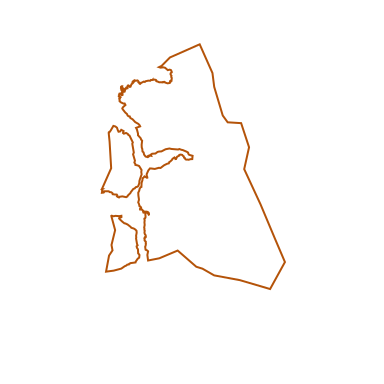 Kvalsund nor, Finnmark, Norway (orthographic projection), rotated 311°
{"feature_id": "86288312B73614960684794", "entity_name": "Kvalsund nor", "entity_type": "district", "adm_level": 2, "iso_a3": "NOR", "parent_name": "Norway", "parent_adm1": "Finnmark", "projection": "orthographic", "projection_center": [24.169, 70.397], "detail": "fine", "context": "isolated", "style": "outline", "palette": "amber", "viewbox_px": 384, "rotation_deg": 311, "n_neighbors": 0, "source": "geoboundaries", "source_scale": "gbopen_adm2", "svg_char_len": 5879}
<svg xmlns="http://www.w3.org/2000/svg" viewBox="0 0 384 384"><g transform="rotate(311 192 192)"><path d="M264.6,85.2L265.2,86.7L267.3,88.6L268.1,90.2L268.1,93.8L269.6,94.8L270.2,96.0L269.9,96.6L269.7,97.5L269.0,98.2L268.6,98.0L267.5,98.0L266.6,98.8L266.3,100.2L265.2,100.8L265.0,101.6L264.1,102.5L262.4,103.4L262.0,103.2L262.0,103.5L261.6,103.4L261.2,103.0L261.9,102.8L261.6,102.7L261.1,102.9L261.6,103.5L259.7,103.7L258.0,102.3L257.2,100.4L257.1,99.8L257.1,99.1L256.4,98.9L256.4,98.7L256.4,98.3L255.7,97.7L255.1,97.6L254.9,97.1L253.3,95.3L252.8,93.6L252.3,92.6L252.3,92.1L252.8,91.8L252.9,91.2L252.2,89.9L250.8,88.8L250.9,88.7L250.2,88.7L250.3,88.7L250.2,88.3L249.6,87.5L248.6,87.5L247.3,85.9L245.1,84.3L244.1,84.2L243.7,83.2L241.1,82.1L239.5,81.9L239.4,81.4L240.0,80.6L239.6,80.3L239.6,79.5L240.3,79.0L240.5,78.1L240.4,77.6L239.2,76.7L238.6,75.3L238.4,75.2L236.4,74.8L236.2,74.9L236.8,75.0L236.3,75.3L236.6,75.7L235.9,75.6L235.5,75.7L235.6,75.9L235.0,75.9L233.6,75.6L231.1,76.5L230.5,76.1L230.5,75.8L230.8,75.1L230.8,74.3L230.7,74.0L230.2,73.7L229.8,73.8L229.2,74.6L228.3,74.6L227.9,75.2L227.5,74.9L227.4,74.6L227.5,74.0L226.5,74.2L226.5,73.9L226.3,73.9L226.0,74.2L225.4,73.5L225.1,74.3L224.5,74.9L223.5,75.3L223.0,74.9L223.8,72.9L223.9,72.2L225.1,71.0L225.4,70.3L225.4,70.2L225.6,70.2L225.8,69.7L224.9,69.4L224.5,69.7L225.2,70.1L223.9,70.5L223.4,70.8L222.7,71.7L222.9,72.0L222.7,72.3L222.8,72.3L223.3,72.4L222.6,72.7L222.9,72.7L222.5,73.5L222.5,73.2L222.3,73.2L221.5,73.7L221.1,74.1L220.9,74.8L219.7,75.9L219.4,75.8L219.0,75.3L219.2,74.8L219.3,74.4L219.8,73.8L218.9,73.8L218.7,73.5L218.9,72.9L218.6,72.7L218.2,73.0L218.5,73.3L217.9,73.2L217.9,73.4L217.1,73.7L216.3,73.8L216.2,73.9L216.3,74.2L216.1,74.6L216.5,75.0L216.1,75.3L216.5,75.5L216.6,75.9L215.2,75.9L215.3,76.2L214.1,76.6L213.8,77.3L213.1,77.6L213.0,78.0L213.0,79.5L213.8,82.4L214.6,83.1L214.0,84.7L211.0,84.3L209.4,84.5L209.0,85.3L208.2,89.5L208.2,91.8L207.5,93.2L207.5,94.4L208.2,95.4L207.4,97.0L207.9,99.4L207.5,103.3L208.2,106.8L208.0,108.7L207.5,109.8L203.7,107.7L203.0,109.5L200.6,113.0L199.4,114.0L198.9,118.0L198.2,119.2L198.0,120.7L194.6,123.0L192.6,124.9L191.9,126.2L190.1,128.1L190.1,129.5L188.8,131.3L188.3,133.7L189.3,135.8L191.0,136.2L191.0,135.5L191.7,135.9L192.6,137.5L193.2,136.4L194.7,136.8L197.1,139.2L199.6,139.7L200.8,140.5L202.6,142.3L206.9,144.0L210.0,146.4L211.1,148.4L215.0,153.7L216.1,154.2L216.9,156.3L217.6,157.5L218.9,161.5L219.2,163.2L218.5,164.0L218.2,165.5L219.7,168.7L217.0,170.6L215.9,169.4L214.1,168.3L213.8,167.7L213.6,167.5L212.6,166.3L212.4,165.6L213.0,164.1L212.7,163.5L212.9,163.2L213.5,162.3L213.3,161.5L213.6,160.3L212.8,158.9L211.7,158.1L211.1,158.5L208.9,157.6L206.4,158.3L206.0,157.9L206.4,157.3L206.4,156.5L207.4,156.3L204.2,155.5L203.4,155.8L200.7,155.6L199.7,155.2L198.4,155.7L197.0,154.7L193.9,153.4L189.5,152.5L188.5,151.1L185.0,148.8L183.0,145.8L182.2,144.8L179.6,144.9L175.7,146.1L174.6,147.2L173.6,149.0L173.8,148.0L173.5,147.7L173.7,148.2L173.4,148.8L173.2,148.7L173.1,147.8L173.1,147.4L172.9,147.3L172.6,145.9L171.1,146.0L170.0,145.7L168.3,146.9L165.9,147.9L162.6,150.5L161.9,150.1L160.2,150.3L158.4,151.3L156.2,151.9L154.1,153.9L151.8,156.6L151.1,157.2L148.9,158.2L148.1,160.0L146.8,161.7L146.8,161.9L147.1,162.3L147.1,163.0L146.7,164.0L146.1,164.3L145.6,163.8L145.2,163.8L144.9,164.0L144.8,164.3L145.4,164.4L145.4,165.0L145.6,165.5L145.8,165.4L146.0,166.0L145.8,166.8L145.8,167.4L145.1,167.9L144.6,168.9L144.8,169.1L145.9,168.6L146.4,169.6L147.1,170.2L147.9,171.6L147.9,172.0L147.9,172.7L147.7,173.4L146.8,174.3L146.5,174.2L146.9,173.1L146.9,171.7L146.6,171.1L145.8,170.7L144.9,171.1L142.6,173.4L141.6,173.8L140.7,173.5L140.3,173.8L140.2,174.1L139.4,175.0L137.9,176.0L136.1,177.9L133.7,179.3L133.4,179.9L132.1,181.0L131.9,181.6L130.0,182.9L129.2,184.2L129.2,184.8L128.5,186.0L127.7,186.7L127.2,186.7L127.0,186.1L126.7,186.1L125.7,186.5L125.4,187.1L124.5,187.8L124.2,188.4L124.3,188.9L124.2,189.7L124.1,189.9L123.0,190.6L122.8,191.1L121.1,192.2L119.9,192.6L118.0,194.8L118.1,195.4L118.4,195.9L118.4,196.3L118.4,196.6L118.5,197.3L118.4,197.8L115.2,199.6L111.5,203.8L120.5,210.8L138.4,219.6L138.4,244.3L141.0,250.2L143.6,263.4L156.9,286.0L170.0,314.6L200.1,308.1L211.3,285.0L227.6,251.9L243.5,216.4L263.2,205.7L276.2,183.9L268.0,173.2L269.9,165.0L285.9,139.8L295.2,129.4L308.5,100.9L279.1,87.1L267.2,86.3L264.6,85.2ZM134.6,122.2L134.1,123.8L133.6,123.7L132.3,124.5L133.6,125.7L134.1,125.7L134.6,125.1L135.1,125.4L137.9,128.7L137.9,129.9L138.7,131.0L138.9,131.7L138.9,132.9L138.3,133.6L139.6,135.6L140.7,136.9L140.4,138.0L139.5,138.2L139.5,139.0L140.0,140.5L140.9,140.5L143.0,142.3L144.9,145.7L146.3,146.2L147.1,145.9L150.7,146.2L151.8,145.9L155.8,145.7L157.1,146.4L158.7,146.4L160.3,147.4L161.4,147.5L164.1,146.4L165.8,145.1L167.5,144.3L172.3,142.4L173.8,140.6L175.5,139.5L176.9,135.1L176.4,133.5L175.3,131.5L176.0,130.8L176.4,129.2L178.2,128.4L181.8,122.8L183.6,122.2L189.2,115.3L190.6,114.8L193.6,107.8L193.3,106.5L193.7,105.5L193.3,103.5L191.3,102.3L191.3,101.2L193.1,100.4L192.5,97.8L190.5,98.0L189.3,97.0L190.0,95.4L191.3,93.2L191.2,91.2L190.3,89.3L185.1,90.3L182.6,90.5L182.4,90.1L182.0,90.3L175.9,96.8L156.9,115.4L135.4,122.0L135.7,122.6L134.6,122.2ZM75.5,179.4L81.3,184.5L87.8,188.9L91.8,189.9L93.5,190.7L94.7,190.8L95.9,191.9L96.5,191.7L97.1,192.1L97.8,192.1L101.8,195.6L102.5,195.2L106.0,194.8L107.8,195.2L110.0,193.7L110.3,192.5L110.3,191.7L113.3,188.8L113.8,187.0L114.7,185.8L116.1,185.9L116.7,184.6L120.3,180.2L121.2,179.7L122.3,178.5L124.9,177.0L126.3,175.6L126.5,174.1L126.4,173.0L126.2,171.9L125.4,170.2L125.2,169.4L125.4,168.5L125.2,164.4L124.8,163.6L124.7,162.6L124.0,161.5L123.9,158.9L124.0,156.2L124.2,154.4L125.1,154.0L125.9,154.3L126.2,155.0L126.8,155.2L127.7,154.3L126.0,152.9L123.8,149.9L122.2,148.7L121.4,146.9L121.0,146.8L112.8,159.0L99.2,166.0L95.8,170.3L89.6,171.1L75.5,179.4Z" fill="none" stroke="#b45309" stroke-width="2"/></g></svg>